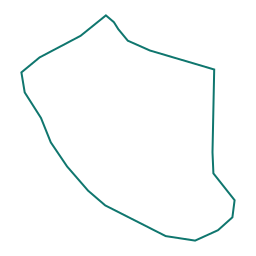 Keelung City, Equal Earth projection
{"feature_id": "TWN-1164", "entity_name": "Keelung City", "entity_type": "Provincial City", "adm_level": 1, "iso_a3": "TWN", "parent_name": "Taiwan", "parent_adm1": "", "projection": "equal_earth", "projection_center": [121.703, 25.114], "detail": "fine", "context": "isolated", "style": "outline", "palette": "teal", "viewbox_px": 256, "rotation_deg": 0, "n_neighbors": 0, "source": "natural_earth", "source_scale": "10m", "svg_char_len": 384}
<svg xmlns="http://www.w3.org/2000/svg" viewBox="0 0 256 256"><path d="M105.9,15.4L113.9,22.2L118.3,29.2L127.8,40.7L149.9,50.5L214.2,69.5L212.5,152.3L213.4,173.4L234.6,200.2L232.4,217.3L218.0,230.2L195.1,240.6L165.7,236.1L105.2,205.4L88.1,190.7L67.1,166.5L50.8,142.4L41.0,118.0L24.7,92.4L21.4,72.4L39.6,57.4L80.6,35.8L105.9,15.4Z" fill="none" stroke="#0f766e" stroke-width="2"/></svg>